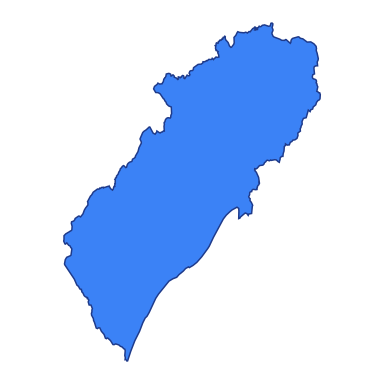 Phookood, Xiangkhoang, Laos
{"feature_id": "54806243B98354561881715", "entity_name": "Phookood", "entity_type": "district", "adm_level": 2, "iso_a3": "LAO", "parent_name": "Laos", "parent_adm1": "Xiangkhoang", "projection": "equal_earth", "projection_center": [103.008, 19.594], "detail": "fine", "context": "isolated", "style": "filled", "palette": "blue", "viewbox_px": 384, "rotation_deg": 0, "n_neighbors": 0, "source": "geoboundaries", "source_scale": "gbopen_adm2", "svg_char_len": 5861}
<svg xmlns="http://www.w3.org/2000/svg" viewBox="0 0 384 384"><path d="M237.8,31.7L237.1,32.7L235.8,35.4L234.0,37.4L234.2,42.8L233.7,44.3L231.6,47.1L230.9,47.4L229.5,46.0L228.1,42.5L225.7,39.8L225.2,38.1L225.3,36.7L224.8,36.2L223.6,37.5L223.1,37.5L222.9,38.4L222.4,38.5L222.5,39.2L221.9,39.1L221.5,39.9L220.8,39.9L220.6,40.4L219.8,40.2L219.2,41.3L218.4,41.5L218.3,42.9L217.9,43.3L216.8,42.8L216.2,43.2L215.9,45.5L215.2,45.6L215.7,46.7L215.5,48.3L216.0,50.3L216.5,50.1L216.7,50.7L218.2,51.7L217.7,52.7L218.6,54.7L218.9,57.0L217.4,57.4L216.0,57.0L215.4,57.9L214.5,58.2L213.5,59.6L212.2,58.3L211.7,59.3L211.2,59.5L208.7,59.4L207.4,60.7L206.4,60.6L205.8,61.3L204.2,61.8L203.0,61.7L202.8,62.9L201.3,64.1L198.1,64.4L193.8,67.5L193.4,68.1L193.4,69.3L192.6,70.5L190.8,70.7L189.8,71.3L189.1,73.2L189.9,74.4L189.5,75.6L188.2,75.8L187.1,75.1L184.8,78.6L183.9,78.1L183.9,76.5L183.5,75.7L182.5,75.5L181.9,76.0L181.5,77.0L180.8,77.0L180.1,77.8L178.9,76.9L178.3,76.9L178.1,79.4L177.6,79.5L176.5,78.1L174.3,77.2L174.3,76.2L173.1,74.9L172.5,75.0L171.7,75.9L171.0,76.0L170.6,74.2L169.7,73.6L168.5,73.4L166.3,74.0L165.8,76.5L165.2,77.5L164.7,77.8L164.5,78.5L163.8,79.1L163.3,81.8L162.6,82.5L162.2,83.7L159.7,84.1L157.9,83.1L157.2,84.3L154.5,86.4L153.6,88.9L155.7,92.5L158.2,92.7L160.1,93.8L163.3,98.6L164.0,99.0L165.1,101.2L166.0,102.1L166.6,103.9L168.6,105.9L171.3,107.0L171.6,113.7L170.9,115.3L170.7,117.3L170.1,118.1L168.0,117.7L166.4,118.4L165.3,120.0L164.9,121.8L164.2,122.4L164.2,123.9L164.4,124.3L164.0,126.2L164.3,131.0L163.5,130.9L162.4,131.9L161.4,132.1L160.3,132.9L159.4,132.7L156.9,131.0L156.7,132.0L155.1,134.2L153.1,133.1L150.1,127.5L149.8,127.0L149.2,127.0L146.2,129.8L143.8,131.4L142.7,132.6L140.1,138.7L140.1,139.3L141.3,141.9L141.3,143.2L139.0,147.7L138.0,151.6L135.3,156.3L135.4,157.0L134.5,158.0L132.5,159.2L132.1,160.9L131.7,161.5L129.5,162.2L128.1,163.4L127.3,164.6L126.5,167.3L125.7,167.6L124.1,165.9L123.4,165.6L122.1,166.6L121.8,167.3L120.2,169.0L120.0,170.3L118.8,172.1L118.1,174.2L116.5,176.1L116.4,177.5L115.5,178.0L115.4,178.8L114.8,179.4L115.2,179.9L115.3,181.3L115.1,182.0L115.3,183.2L114.8,183.6L115.0,184.4L114.5,185.5L114.8,186.5L113.8,186.8L113.2,189.1L112.5,190.1L110.6,188.7L109.1,186.0L108.7,186.5L107.7,186.4L104.6,187.5L103.8,187.3L103.4,187.8L103.1,187.3L101.4,187.5L100.5,188.4L99.7,188.1L98.9,189.2L97.5,189.0L93.2,192.2L91.7,194.9L90.4,196.2L87.5,201.7L87.9,202.5L87.9,205.0L85.5,208.1L84.3,210.2L83.0,213.8L80.6,216.9L79.0,216.0L78.4,216.2L75.1,218.5L74.8,219.7L73.7,221.0L71.6,221.8L71.3,223.3L72.1,226.3L71.9,229.6L71.5,230.4L65.8,233.8L64.0,235.7L64.0,239.5L63.7,241.1L64.9,243.9L65.5,244.1L66.8,242.9L68.7,245.3L70.0,245.9L70.9,247.7L71.6,248.3L71.8,249.3L71.0,255.1L70.4,255.7L66.7,257.3L65.3,259.6L64.5,263.8L64.7,264.7L74.3,279.1L76.9,285.1L78.4,286.3L79.9,289.0L81.4,289.4L81.3,290.1L81.8,290.7L81.8,291.8L83.0,293.1L84.1,295.6L85.4,296.8L87.5,297.6L87.2,298.6L88.2,299.1L88.8,300.1L88.2,301.9L89.1,305.0L91.0,305.1L92.4,308.7L91.9,309.9L91.9,312.0L91.4,313.4L91.6,315.2L93.4,318.7L93.6,320.6L94.4,322.2L96.2,328.0L97.4,328.6L98.6,327.8L99.8,327.9L101.4,331.3L104.1,334.5L105.4,338.2L106.4,338.7L107.2,338.0L107.9,338.2L110.5,340.6L112.9,344.5L114.0,344.7L115.7,343.9L118.8,344.9L120.4,346.3L122.0,346.9L124.0,348.9L124.8,349.2L125.2,350.7L124.8,355.6L125.3,357.6L125.1,359.3L125.4,359.1L126.9,361.0L127.6,360.9L130.7,351.4L134.8,340.8L139.6,331.2L142.8,322.8L145.2,318.0L147.0,316.3L149.2,312.4L155.7,298.4L158.5,294.1L169.0,281.1L173.0,278.7L176.7,277.3L179.0,274.6L183.4,271.0L185.6,268.5L188.5,266.9L189.3,267.6L192.9,265.5L196.8,262.4L201.8,256.7L207.8,248.5L209.2,246.3L213.4,237.4L223.3,219.0L226.3,215.1L230.0,211.6L232.1,209.9L237.0,207.2L238.7,208.4L238.9,210.9L238.7,218.6L239.8,218.2L240.6,216.9L245.2,213.0L246.9,213.6L248.2,215.4L248.8,214.0L251.6,213.5L252.3,206.4L252.7,205.3L251.3,202.3L250.0,200.6L250.1,198.6L249.3,198.0L248.7,196.7L249.6,194.8L249.7,192.7L250.3,191.9L251.7,191.6L251.8,190.4L253.1,189.3L255.6,189.7L257.0,189.5L257.1,188.8L256.8,188.3L257.3,187.6L257.4,186.6L258.1,185.3L258.7,184.9L259.5,183.1L259.3,182.5L259.0,182.5L259.1,182.2L258.9,181.8L259.2,181.5L258.6,177.4L256.3,172.2L255.2,171.1L255.0,170.1L254.6,169.9L254.8,168.6L256.0,168.9L257.1,168.3L259.5,165.6L262.9,165.1L264.0,164.0L264.5,162.7L265.7,161.8L266.6,160.5L267.4,160.2L269.4,160.8L270.7,160.0L271.2,160.4L274.9,159.7L276.4,160.0L278.2,161.7L279.3,162.3L279.6,160.7L280.0,159.8L280.2,157.8L281.6,156.4L282.9,156.4L283.2,153.6L284.0,151.0L284.3,146.5L285.4,145.5L285.5,143.9L287.1,145.1L289.3,144.9L290.3,142.3L291.9,141.5L292.8,140.2L295.0,139.8L297.0,138.4L298.0,135.5L297.8,133.6L298.0,132.9L300.4,131.1L300.2,128.8L300.9,127.5L301.1,126.2L302.2,124.1L302.0,121.6L303.4,118.4L306.2,117.7L308.3,110.1L310.1,111.6L310.8,109.7L312.6,109.1L313.2,107.0L315.8,104.8L316.5,102.4L318.0,100.5L319.4,99.8L320.0,98.8L320.3,94.6L319.7,92.8L318.7,92.7L317.7,91.6L316.8,91.3L317.8,86.8L317.2,85.6L316.8,83.6L316.1,82.8L316.5,81.8L316.3,80.2L314.9,79.2L313.5,78.9L312.7,78.2L312.3,76.9L312.8,74.7L314.5,73.9L313.9,68.0L314.3,66.7L315.6,65.9L317.6,65.8L317.2,62.0L318.1,60.0L318.3,58.6L317.1,53.1L316.4,51.1L316.2,49.8L316.5,48.8L316.1,46.3L313.9,43.8L310.8,41.9L307.2,42.1L302.8,38.8L300.4,38.3L299.0,37.0L298.2,36.8L292.8,38.3L291.6,39.3L291.1,40.3L290.8,42.4L290.3,43.3L286.1,39.6L285.4,39.6L284.7,40.4L281.7,40.3L279.9,39.2L274.0,37.0L273.0,36.1L272.0,33.8L272.0,32.7L272.9,30.7L273.0,29.8L272.1,27.4L272.7,25.6L272.9,23.9L272.0,23.0L270.9,23.3L270.2,25.9L268.7,26.3L264.6,24.9L262.3,25.3L261.1,26.5L260.1,26.7L259.2,26.2L258.4,27.4L257.0,28.0L257.6,28.8L257.5,29.5L256.1,29.7L255.6,29.3L255.1,30.1L254.6,29.9L255.2,29.3L255.1,28.7L255.9,28.6L255.9,27.6L255.3,27.1L254.6,27.1L254.2,27.8L252.7,28.6L250.1,31.8L249.1,31.5L247.4,33.0L245.8,32.2L244.0,32.8L239.6,32.4L237.8,31.7Z" fill="#3b82f6" stroke="#1e3a8a" stroke-width="1.5"/></svg>